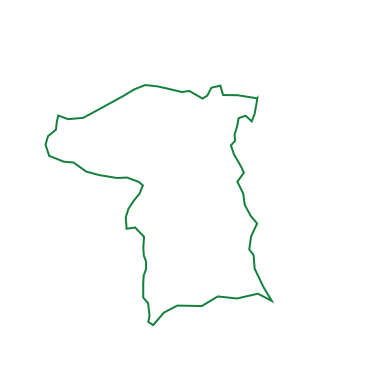 Potamiou, Limassol, Cyprus, rotated 149°
{"feature_id": "46923920B54704702954379", "entity_name": "Potamiou", "entity_type": "district", "adm_level": 2, "iso_a3": "CYP", "parent_name": "Cyprus", "parent_adm1": "Limassol", "projection": "mercator", "projection_center": [32.807, 34.822], "detail": "fine", "context": "isolated", "style": "outline", "palette": "green", "viewbox_px": 384, "rotation_deg": 149, "n_neighbors": 0, "source": "geoboundaries", "source_scale": "gbopen_adm2", "svg_char_len": 1137}
<svg xmlns="http://www.w3.org/2000/svg" viewBox="0 0 384 384"><g transform="rotate(149 192 192)"><path d="M179.7,57.6L179.7,73.7L177.8,94.0L171.7,106.2L172.5,113.3L164.3,123.4L152.4,131.5L154.0,141.0L153.4,153.9L148.9,164.3L147.8,177.5L137.6,181.8L137.0,187.0L136.7,194.8L136.7,202.3L134.7,211.9L128.7,213.7L126.0,219.2L119.1,225.5L114.0,231.3L106.7,229.7L104.4,221.8L98.2,226.6L90.9,234.9L87.6,238.9L88.0,238.8L103.1,251.5L115.4,259.1L112.9,268.6L121.7,271.4L129.3,266.7L134.9,266.7L142.2,279.9L149.4,283.1L160.1,293.6L167.4,300.5L177.1,307.8L188.8,309.7L202.3,309.7L224.4,310.6L247.0,311.6L260.6,318.2L267.3,326.4L271.9,321.6L276.5,315.5L286.7,314.0L293.2,308.0L295.8,296.6L286.3,284.0L278.4,278.3L272.1,263.9L262.8,254.3L249.3,242.8L240.2,237.8L232.4,228.0L230.7,222.9L237.9,217.6L246.7,214.4L255.0,210.4L261.7,204.6L267.0,194.2L259.0,190.8L256.2,178.3L262.4,169.4L266.0,162.4L267.2,156.0L271.0,149.7L276.5,145.2L281.0,138.6L284.6,132.5L288.2,126.7L286.9,119.3L292.0,108.0L296.4,103.2L293.8,97.9L278.2,103.1L263.1,102.2L242.3,89.2L223.7,89.2L208.2,77.5L187.9,70.9L179.7,57.6Z" fill="none" stroke="#15803d" stroke-width="2"/></g></svg>